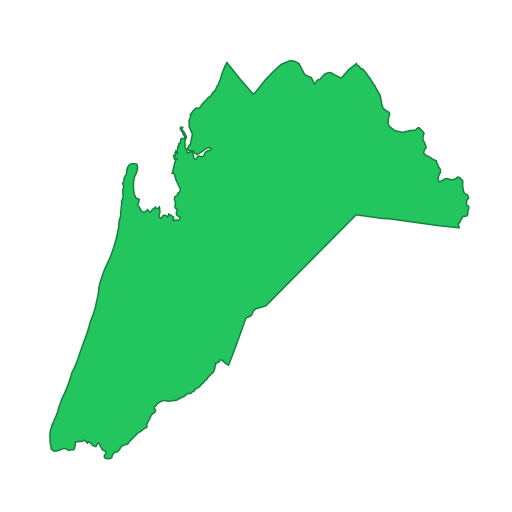 the district of Msambweni, Coast, Kenya, rotated 177°
{"feature_id": "3690345B18525828088972", "entity_name": "Msambweni", "entity_type": "district", "adm_level": 2, "iso_a3": "KEN", "parent_name": "Kenya", "parent_adm1": "Coast", "projection": "orthographic", "projection_center": [39.484, -4.373], "detail": "fine", "context": "isolated", "style": "filled", "palette": "green", "viewbox_px": 512, "rotation_deg": 177, "n_neighbors": 0, "source": "geoboundaries", "source_scale": "gbopen_adm2", "svg_char_len": 6032}
<svg xmlns="http://www.w3.org/2000/svg" viewBox="0 0 512 512"><g transform="rotate(177 256 256)"><path d="M274.9,450.7L276.9,447.5L280.3,440.2L282.3,434.4L283.8,431.5L284.4,429.9L285.3,428.2L286.4,427.1L287.0,425.4L288.7,422.7L289.9,422.2L291.1,420.9L292.0,419.2L293.3,417.8L294.5,417.3L295.6,416.4L299.0,413.1L300.3,412.0L302.4,409.8L304.5,406.9L306.4,406.5L308.2,407.0L310.9,404.5L314.3,400.5L313.8,399.2L315.8,394.6L315.7,392.5L316.0,389.4L315.7,387.7L314.6,385.5L314.4,384.0L313.5,382.2L313.2,380.5L315.0,374.0L315.3,372.3L315.9,370.8L317.3,369.6L318.4,367.6L318.5,366.0L317.3,364.6L314.2,364.5L312.8,363.8L312.1,362.4L311.2,361.5L309.6,360.4L307.3,361.4L302.8,364.1L300.7,365.6L299.2,366.2L297.7,366.6L296.3,366.3L295.2,365.6L296.4,363.8L298.6,363.7L300.3,362.9L302.0,360.9L303.0,358.7L304.2,358.1L305.8,358.2L308.1,358.9L309.5,358.1L310.1,356.3L311.7,355.8L312.9,357.0L313.6,361.9L314.2,363.1L315.8,363.2L317.5,362.8L319.2,362.1L319.9,366.4L321.0,367.5L321.3,369.2L320.8,370.7L321.3,374.1L319.2,378.4L321.3,383.5L322.2,384.8L323.9,385.7L323.8,384.5L322.7,383.5L322.6,382.0L321.0,378.9L321.0,377.7L322.2,377.0L324.3,377.3L325.2,376.1L325.6,372.7L327.2,372.2L327.2,370.4L328.4,369.4L328.3,367.6L329.1,366.1L329.4,362.3L330.3,363.2L330.7,364.7L331.5,362.9L331.4,361.1L331.6,359.9L333.1,360.6L332.3,357.0L331.2,357.5L329.9,357.2L331.2,355.9L332.5,352.8L333.3,349.4L335.4,342.9L334.0,343.0L333.1,341.3L331.8,335.7L328.4,327.8L328.1,326.6L328.4,324.9L329.1,323.7L330.3,323.3L331.8,320.5L333.1,320.0L334.0,319.1L334.6,317.5L333.7,313.5L334.3,308.8L333.7,307.6L332.1,306.4L332.5,305.2L333.3,303.5L333.3,302.0L332.8,300.7L329.6,298.2L330.7,296.5L331.9,295.4L333.4,296.2L334.8,296.2L336.3,295.4L337.0,296.8L336.0,298.7L337.6,300.2L340.9,302.5L341.4,300.8L342.5,299.7L343.7,301.0L345.5,301.6L346.6,301.2L348.4,299.2L349.6,298.7L350.8,300.2L350.7,301.5L349.7,304.5L349.5,305.8L349.9,307.2L349.7,308.8L349.9,310.0L351.0,309.0L352.2,308.6L353.4,308.8L353.8,310.1L355.0,309.1L356.3,308.4L357.3,307.5L359.2,305.2L360.7,306.2L361.6,308.0L364.3,306.0L365.8,305.4L368.7,307.6L369.2,309.6L371.6,313.6L370.4,315.3L370.1,317.1L369.5,318.6L370.8,319.4L372.4,319.8L373.2,321.0L374.2,323.8L374.9,329.3L374.7,330.9L374.8,332.6L374.4,335.5L374.4,337.3L373.8,338.8L373.1,341.6L371.0,345.2L369.6,350.0L370.1,353.9L372.1,354.5L374.7,354.7L376.3,354.3L377.8,353.6L379.2,351.9L380.6,348.3L381.3,344.0L382.3,343.0L383.9,340.0L383.8,338.1L385.5,335.2L384.7,333.7L384.3,332.3L385.0,330.8L385.5,328.8L385.7,326.3L385.6,322.1L386.2,320.2L387.5,317.5L387.4,315.0L388.2,311.0L388.2,309.4L388.7,307.7L389.0,303.6L389.3,302.4L390.9,298.1L391.7,291.5L394.2,282.0L395.2,279.2L397.9,271.4L401.4,262.8L407.5,251.4L409.5,247.0L413.2,237.3L414.1,234.4L414.7,231.6L415.5,226.4L419.2,213.0L421.2,207.3L425.6,197.3L426.4,194.1L429.6,185.7L433.5,176.8L440.2,160.3L442.7,154.9L445.9,149.2L449.4,139.6L452.8,132.0L457.1,123.9L461.0,114.7L462.0,111.4L464.0,106.7L468.6,97.6L470.3,92.9L471.2,88.3L471.4,80.4L470.9,78.0L470.6,73.9L467.8,71.6L464.4,71.9L461.4,72.7L459.3,73.6L457.5,73.8L455.3,73.2L453.7,71.6L452.3,72.0L448.3,72.0L447.3,73.2L446.4,76.5L446.5,78.8L445.9,79.9L444.3,79.7L442.7,80.0L439.8,80.0L438.4,80.3L437.4,81.1L436.2,80.6L435.4,79.3L434.0,77.9L433.3,79.1L431.7,78.7L428.9,75.2L425.9,74.0L424.3,76.6L423.2,77.5L422.4,76.5L419.7,70.7L418.8,69.9L417.4,69.5L416.3,68.3L416.6,66.3L417.6,64.9L418.1,63.6L417.4,62.2L415.8,61.5L414.3,61.3L412.6,61.3L410.7,62.0L409.7,65.1L408.9,66.0L407.6,67.0L406.3,67.5L405.0,67.6L404.0,68.3L402.1,70.2L401.6,71.3L400.8,72.3L399.4,73.4L397.4,74.2L393.9,74.9L392.2,77.2L390.7,78.6L382.8,85.8L380.3,86.8L378.0,88.6L376.1,89.8L374.6,90.3L373.7,91.1L374.0,93.2L373.3,94.9L371.3,98.0L369.6,101.2L368.8,102.5L367.1,104.2L365.7,104.7L364.3,106.9L364.8,108.3L365.6,109.4L365.3,110.6L364.0,111.6L362.0,113.8L360.6,114.7L356.8,116.5L355.0,116.5L350.9,115.4L346.2,116.1L344.9,115.9L343.2,116.1L341.8,116.6L340.6,117.4L338.6,118.0L337.5,118.8L335.9,119.1L333.9,120.3L332.6,121.6L331.5,122.3L330.2,122.1L328.4,122.1L327.1,123.5L325.2,124.1L322.7,126.8L320.2,127.8L318.6,129.0L317.8,130.2L316.8,131.1L315.6,131.6L313.9,133.7L311.4,135.6L309.9,137.9L307.4,139.8L306.4,141.1L304.9,141.9L303.6,144.4L303.0,146.0L303.0,147.3L301.8,149.5L302.0,150.9L300.3,151.4L298.1,152.4L297.5,154.3L295.3,153.7L291.8,150.1L289.1,148.4L282.3,163.6L269.6,193.8L268.7,194.8L265.1,196.1L263.4,197.3L261.4,201.4L258.5,203.4L252.2,204.8L248.8,205.7L153.8,291.9L126.9,286.7L121.5,286.3L73.4,277.0L51.7,273.5L51.9,275.8L52.5,277.2L50.8,278.8L49.9,281.0L48.6,282.4L48.0,283.9L46.6,285.0L45.2,284.6L43.1,285.1L42.3,286.7L42.3,288.1L42.0,289.7L41.0,292.6L40.9,293.8L41.5,294.9L43.1,295.9L42.8,300.4L41.3,301.8L40.6,303.2L41.5,305.9L43.9,307.2L44.9,308.2L45.5,310.6L45.9,314.3L46.0,316.2L45.6,319.0L45.8,320.8L49.2,324.1L50.8,324.2L51.9,323.2L53.3,322.4L55.9,321.9L57.4,321.9L60.5,323.2L62.4,323.4L67.9,320.8L69.3,320.7L69.8,321.8L70.0,323.7L69.8,325.3L68.6,328.2L67.7,329.3L67.4,330.5L67.3,332.3L67.9,333.9L68.9,335.3L70.7,340.1L70.8,341.5L74.8,343.6L77.0,345.5L80.9,347.6L82.0,348.6L83.1,349.8L83.1,351.0L81.9,353.5L80.3,355.3L81.9,360.7L83.0,362.6L83.1,365.7L82.4,368.3L81.7,369.5L82.4,371.0L83.7,372.3L85.9,375.1L86.9,375.7L88.0,375.2L90.5,373.2L94.1,373.3L96.3,373.1L102.8,371.8L104.4,372.1L110.4,373.9L111.7,374.6L115.9,378.4L116.8,380.1L117.1,381.8L116.7,385.6L115.7,389.4L115.0,391.2L115.7,392.5L117.8,393.9L120.7,396.3L121.6,397.5L122.5,401.0L123.4,408.7L123.8,410.2L128.0,418.6L128.5,420.0L130.8,423.5L133.0,427.7L134.1,429.1L137.1,433.9L139.3,436.6L140.2,437.4L141.5,437.5L142.2,438.6L142.8,439.8L145.3,441.6L145.6,442.9L153.8,437.2L161.4,429.2L166.7,432.0L171.5,435.1L172.8,435.4L174.2,435.2L177.0,434.5L178.2,433.8L181.4,430.7L183.0,428.7L184.3,428.9L185.6,428.3L188.6,424.5L191.4,431.2L197.9,434.6L203.1,446.0L207.4,448.6L211.5,449.3L219.3,446.7L221.1,445.9L229.0,439.3L237.1,431.8L247.8,419.7L250.3,417.8L263.1,434.2L274.9,450.7ZM323.9,385.7L323.1,387.2L322.5,388.3L324.7,388.5L325.0,386.5L323.9,385.7Z" fill="#22c55e" stroke="#15803d" stroke-width="1.5"/></g></svg>